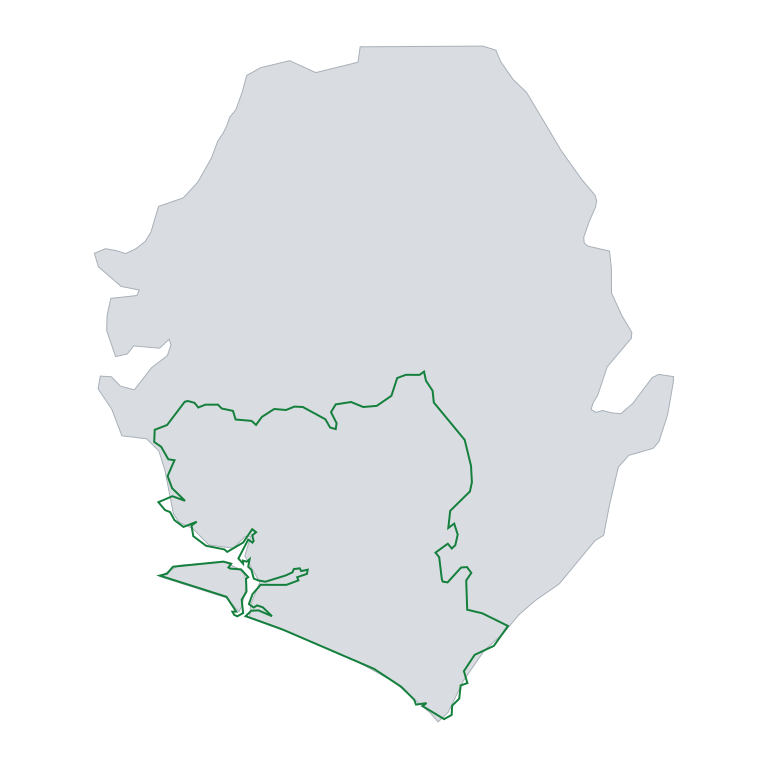 location of Southern within Sierra Leone
{"feature_id": "SLE-760", "entity_name": "Southern", "entity_type": "Province", "adm_level": 1, "iso_a3": "SLE", "parent_name": "Sierra Leone", "parent_adm1": "", "projection": "robinson", "projection_center": [-12.13, 7.714], "detail": "medium", "context": "in_parent", "style": "outline", "palette": "green", "viewbox_px": 768, "rotation_deg": 0, "n_neighbors": 0, "source": "natural_earth", "source_scale": "10m", "svg_char_len": 3486}
<svg xmlns="http://www.w3.org/2000/svg" viewBox="0 0 768 768"><path d="M673.6,376.6L673.1,383.4L667.6,414.8L658.9,441.7L653.2,448.3L628.7,455.4L618.3,467.2L609.4,505.4L603.6,535.4L595.2,540.4L559.3,583.8L535.7,600.2L519.3,614.3L503.8,632.7L484.2,650.6L463.3,680.8L448.3,712.1L438.1,721.9L430.4,713.1L394.5,682.1L356.8,661.3L276.4,626.7L249.6,617.0L250.6,604.7L259.8,582.3L244.8,555.9L250.6,536.7L244.8,536.7L233.3,548.2L208.8,544.9L192.6,528.4L179.3,522.4L173.5,514.1L165.0,470.7L158.9,451.0L146.6,438.8L121.9,435.8L111.8,409.3L98.1,388.8L100.3,376.1L111.5,376.8L120.2,386.0L134.3,389.9L151.7,367.6L167.4,355.6L171.0,345.0L169.1,339.2L159.6,348.2L133.7,345.9L127.2,354.0L115.6,356.6L106.7,330.6L107.1,315.2L110.8,298.4L137.0,295.5L139.2,290.0L121.1,286.4L98.4,266.8L94.4,253.3L105.6,248.7L116.4,250.7L125.7,253.6L135.8,248.8L145.3,241.4L151.0,231.9L158.6,206.4L183.2,197.9L197.7,182.3L211.4,158.1L217.8,141.1L223.4,132.7L227.0,125.3L229.7,117.2L235.8,109.8L242.3,91.9L246.7,75.5L260.8,67.6L289.7,60.7L315.7,72.6L358.0,62.2L360.2,46.8L398.9,46.6L444.7,46.3L482.8,46.1L495.9,50.2L500.7,61.7L513.2,79.6L526.3,92.1L542.6,119.3L561.5,151.1L582.0,179.8L595.1,195.3L596.6,200.8L595.6,206.9L589.2,221.5L583.7,237.3L584.2,243.2L588.1,246.2L609.5,251.1L611.4,268.7L611.5,293.0L621.9,315.7L631.8,332.4L631.3,338.3L607.2,366.8L597.8,395.1L593.0,403.1L591.1,409.4L595.9,412.4L602.5,410.5L611.9,412.9L620.8,413.7L632.6,403.6L652.2,377.6L658.8,374.4L673.6,376.6ZM241.8,606.0L239.0,611.7L226.2,597.7L159.9,576.6L178.6,565.4L224.6,562.1L238.3,568.6L244.4,574.1L246.7,584.4L241.8,606.0Z" fill="#d9dde1" stroke="#a8b0b8" stroke-width="1"/><path d="M508.0,626.0L493.8,645.9L474.7,654.8L463.9,671.1L467.4,683.1L460.7,685.4L459.2,698.7L452.1,705.7L451.7,714.9L444.1,719.1L422.5,706.1L426.5,703.1L416.0,704.6L414.2,699.7L401.3,686.8L374.1,668.9L282.5,629.5L245.6,616.2L251.4,610.7L258.5,610.4L272.0,616.2L262.8,607.3L257.1,605.4L253.7,607.5L248.9,604.1L252.5,594.1L260.6,584.8L286.3,584.9L298.4,580.4L297.2,577.2L306.9,573.9L307.7,569.7L301.2,571.1L299.7,568.3L293.8,569.1L292.5,572.3L285.6,575.5L265.4,581.7L258.2,580.4L253.8,578.6L251.4,569.8L248.2,566.7L249.6,559.2L246.8,561.7L243.1,560.6L243.1,563.7L238.4,558.5L248.2,539.6L252.4,542.6L253.6,541.1L252.3,535.3L256.1,532.2L252.2,529.2L243.1,542.6L227.2,551.9L224.4,549.4L206.1,545.8L193.3,536.2L191.5,525.5L196.8,521.7L183.5,526.9L174.5,520.2L170.1,512.1L165.1,510.1L158.4,502.2L172.4,496.2L185.0,500.8L172.1,488.2L167.6,476.1L174.5,460.2L168.3,459.3L161.2,446.8L154.2,442.0L154.7,429.8L167.1,425.0L184.7,401.8L187.8,401.0L194.5,402.8L198.3,407.5L205.3,404.7L218.0,404.7L221.7,408.5L233.0,410.9L235.6,419.5L251.6,420.9L256.0,424.9L261.9,416.9L274.2,409.0L286.0,410.0L294.4,406.6L302.8,407.0L325.4,419.3L330.1,427.5L335.7,429.1L336.6,423.2L331.0,412.2L335.7,404.4L351.1,402.0L363.2,407.0L376.7,405.9L391.4,395.8L397.2,378.0L405.9,374.8L419.6,374.9L424.0,371.6L426.0,380.8L432.6,390.8L433.8,402.5L464.7,439.9L471.0,465.8L471.9,482.3L469.9,491.5L450.2,510.8L448.3,528.0L454.2,523.6L457.7,534.6L455.3,545.2L451.8,548.5L447.8,543.7L435.5,552.6L439.2,557.3L441.8,578.9L442.7,581.6L447.6,582.4L461.1,567.5L467.0,567.1L471.3,572.9L466.2,580.5L467.2,609.7L482.3,613.3L508.0,626.0ZM248.2,577.2L246.0,578.8L246.5,591.6L241.7,599.7L243.1,613.1L237.3,616.3L234.2,614.9L232.4,611.7L236.3,611.7L226.5,596.8L159.8,575.6L167.0,573.7L173.0,566.7L223.5,561.6L231.2,563.7L228.4,567.5L230.3,568.6L241.1,569.4L248.2,577.2Z" fill="none" stroke="#15803d" stroke-width="2"/></svg>